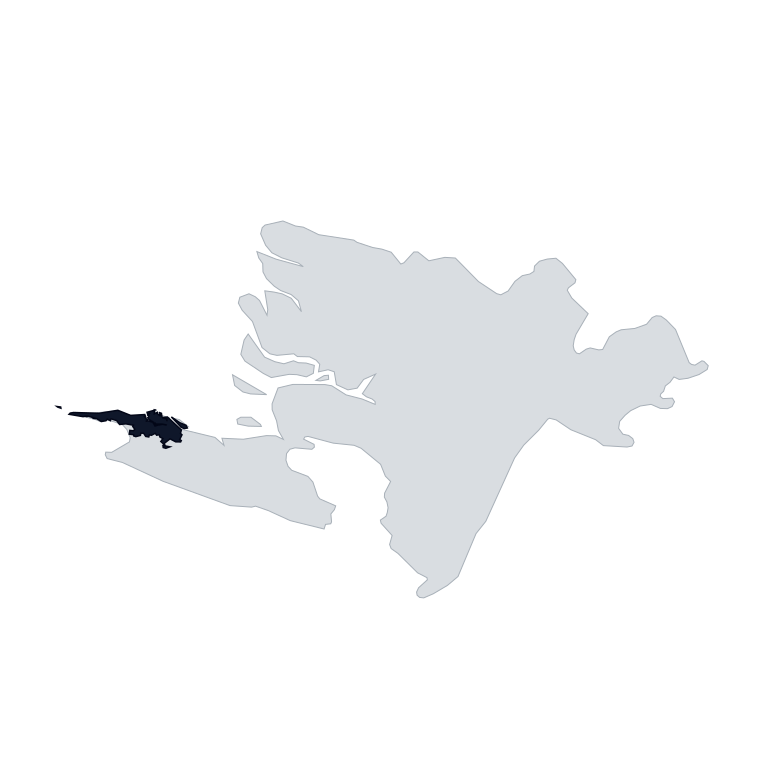 location of Cox's Bazar, Chittagong, Bangladesh, rotated 116°
{"feature_id": "16705992B34517682786426", "entity_name": "Cox's Bazar", "entity_type": "district", "adm_level": 2, "iso_a3": "BGD", "parent_name": "Bangladesh", "parent_adm1": "Chittagong", "projection": "robinson", "projection_center": [92.099, 21.257], "detail": "medium", "context": "in_parent", "style": "filled", "palette": "ink", "viewbox_px": 768, "rotation_deg": 116, "n_neighbors": 0, "source": "geoboundaries", "source_scale": "gbopen_adm2", "svg_char_len": 5624}
<svg xmlns="http://www.w3.org/2000/svg" viewBox="0 0 768 768"><g transform="rotate(116 384 384)"><path d="M278.4,525.3L278.4,508.1L267.9,474.2L268.5,470.4L266.3,454.1L263.7,445.0L262.4,435.3L268.8,421.5L266.3,419.2L252.2,415.0L250.5,411.4L253.6,397.7L243.5,384.8L239.5,375.1L250.5,344.0L253.4,322.3L252.6,318.1L246.0,313.2L234.3,311.3L226.0,307.2L221.2,301.1L217.1,298.6L212.0,300.4L205.5,298.1L200.1,292.0L195.6,284.6L197.4,276.5L206.1,257.3L209.3,256.7L216.7,260.4L219.4,260.4L224.4,252.9L231.3,231.3L255.1,233.2L260.8,232.5L266.7,230.7L270.0,228.0L271.8,224.6L271.2,221.6L264.0,217.5L261.2,214.5L259.2,205.9L257.1,202.6L242.8,202.2L235.4,198.2L231.3,194.6L224.1,182.9L215.2,174.2L206.7,172.1L203.4,169.3L201.6,164.8L202.7,158.4L207.2,145.9L231.0,119.1L231.6,116.1L230.7,112.7L223.8,108.4L223.4,106.3L225.4,100.6L229.3,99.9L237.4,105.0L245.6,113.3L250.5,120.7L250.6,126.5L257.1,127.7L262.4,130.3L268.0,129.5L271.6,130.9L274.0,130.4L274.9,127.0L270.3,118.6L272.6,115.1L278.0,115.2L281.9,118.4L284.8,124.9L285.2,135.0L291.5,144.1L299.8,150.6L306.4,153.6L314.3,155.8L321.0,153.7L324.4,147.3L323.0,141.6L324.0,136.5L326.8,133.7L331.0,133.9L334.1,137.9L343.2,159.8L341.3,169.4L343.2,196.0L340.8,213.5L342.2,220.2L343.8,221.4L357.7,224.7L377.7,231.6L393.2,234.2L462.8,232.3L478.1,235.7L524.6,233.1L537.2,238.7L551.0,247.8L558.8,254.5L560.2,258.4L559.3,261.7L556.7,263.5L552.0,263.6L541.0,259.2L539.2,260.5L539.0,271.0L530.1,297.3L528.8,305.4L525.8,308.6L516.6,310.3L510.4,325.6L507.9,327.6L501.9,324.2L498.1,324.7L493.4,326.1L488.7,329.7L485.5,334.1L481.8,335.6L468.7,335.3L466.2,342.4L457.7,351.8L451.8,376.4L452.2,384.0L459.4,403.7L464.4,429.3L466.3,431.9L468.8,432.1L468.9,420.4L471.3,418.9L474.3,420.2L480.4,436.0L483.9,440.0L489.3,441.1L495.5,438.7L500.1,434.1L502.0,429.1L500.4,411.9L503.3,404.9L513.9,394.5L515.4,391.3L514.7,374.0L518.7,373.5L524.1,374.8L530.9,370.7L533.0,370.6L535.8,375.0L540.6,374.3L547.9,408.4L548.5,432.6L550.1,445.9L552.7,449.0L560.8,469.1L568.3,539.9L569.2,584.8L572.4,600.1L569.8,603.5L567.2,604.2L564.8,598.8L547.6,587.4L543.5,588.6L537.6,595.2L535.2,601.3L536.3,610.0L538.1,618.5L542.2,623.4L542.5,628.7L547.1,649.0L545.8,649.1L536.5,630.7L525.1,612.6L521.4,580.1L521.1,564.1L513.3,545.3L506.1,512.5L509.3,500.9L503.8,505.9L495.3,486.2L481.9,467.0L478.0,458.4L477.9,450.1L472.1,458.5L464.2,464.4L456.2,473.2L450.9,475.9L434.0,477.5L424.3,465.7L410.4,436.8L408.5,430.2L410.4,413.3L407.1,397.2L406.2,383.0L403.7,384.3L402.7,388.2L403.2,394.1L402.2,399.2L378.8,395.9L388.8,404.3L399.5,406.3L405.1,413.9L405.4,426.5L394.8,434.1L395.7,440.5L401.8,448.2L394.4,450.4L392.3,455.5L392.2,462.8L397.3,473.9L396.4,478.3L405.2,492.8L406.9,499.8L404.7,509.6L385.5,529.6L379.9,543.8L375.1,550.4L369.2,551.6L362.1,544.9L362.0,538.0L363.5,532.5L373.5,519.3L368.1,521.1L352.5,532.0L349.6,523.2L347.6,515.0L347.6,504.9L355.2,489.9L346.7,497.4L344.3,506.7L345.3,517.8L344.2,525.6L340.8,535.8L336.3,541.9L328.9,545.8L325.6,551.8L320.7,556.3L319.1,535.7L313.9,508.0L312.8,514.0L315.4,531.2L315.2,542.3L311.2,551.2L303.1,560.7L296.9,562.0L293.3,560.6L281.8,546.3L280.8,532.8L278.4,525.3ZM420.1,525.7L405.8,529.0L398.6,528.0L412.2,503.1L411.8,491.9L409.7,482.8L402.8,475.5L402.4,470.3L399.3,463.2L397.8,454.8L405.4,452.2L411.6,456.9L413.8,466.4L416.9,473.5L427.6,488.1L427.4,497.1L424.4,519.0L420.1,525.7ZM450.8,517.6L442.1,524.2L445.0,484.8L451.4,499.5L453.0,507.3L450.8,517.6ZM484.1,497.9L480.3,500.7L476.7,498.2L472.2,489.0L474.5,477.3L475.9,475.6L481.4,487.6L484.1,497.9ZM516.3,580.9L511.3,581.4L508.9,578.6L510.1,574.6L508.7,561.9L515.0,560.6L517.3,571.3L516.3,580.9ZM510.8,545.2L507.1,557.9L505.7,552.3L508.2,541.1L510.8,545.2ZM409.2,442.7L410.6,446.8L402.7,441.5L400.5,437.8L404.1,435.8L409.2,442.7Z" fill="#d9dde1" stroke="#a8b0b8" stroke-width="1"/><path d="M527.3,545.9L525.2,541.4L523.7,541.4L523.5,543.3L518.2,543.3L517.6,545.3L514.1,546.0L508.6,564.2L510.8,567.7L511.3,567.1L510.4,565.1L510.5,564.0L511.1,563.3L512.7,562.8L510.6,564.2L511.6,567.9L509.7,570.8L509.7,572.9L510.9,570.7L510.1,574.7L508.9,575.4L511.5,577.4L508.2,578.8L513.3,584.6L515.3,582.8L513.8,582.6L512.5,581.5L515.5,582.5L515.4,581.4L518.6,580.8L519.8,571.0L517.2,565.6L516.1,561.7L516.2,561.2L517.4,565.6L520.3,569.2L521.2,571.0L521.3,571.7L521.1,572.2L522.0,571.7L521.3,570.1L522.1,571.5L519.8,575.0L520.5,579.9L522.1,581.9L520.6,580.2L518.0,585.7L518.0,583.9L516.3,585.6L523.3,598.0L524.3,611.7L535.2,627.2L545.7,650.5L547.7,653.3L549.3,653.8L545.3,640.2L542.7,636.8L541.1,626.8L541.7,621.7L538.9,617.8L536.9,617.4L536.9,613.9L534.9,614.0L534.1,608.2L536.3,603.9L533.0,598.6L530.9,591.1L532.3,591.2L533.9,588.2L535.9,588.7L537.1,592.1L540.8,590.9L539.3,586.8L540.4,586.2L540.1,584.0L537.0,580.4L534.8,581.0L533.6,578.5L535.6,575.2L534.7,572.2L532.6,572.6L532.0,570.5L528.6,568.0L529.7,565.9L528.1,563.8L529.9,562.2L530.0,558.8L533.5,559.4L535.0,554.2L535.3,554.2L535.3,555.2L536.0,555.7L537.9,554.6L537.4,551.9L534.3,548.9L536.1,555.4L535.5,555.2L535.4,554.2L535.1,554.0L534.2,555.1L534.0,555.6L527.1,552.3L527.3,545.9ZM509.8,541.5L507.9,543.8L508.3,550.5L506.8,560.7L511.8,547.4L511.7,544.1L509.8,541.5ZM508.2,573.9L509.5,570.1L507.9,571.2L508.2,573.9ZM547.4,663.8L546.4,664.5L547.6,668.1L547.8,667.1L547.4,663.8ZM544.0,638.3L543.5,636.8L542.9,636.2L543.0,637.1L544.0,638.3ZM520.9,572.1L521.2,571.1L520.5,569.9L520.9,572.1ZM519.8,572.1L520.3,572.1L520.2,571.5L519.8,572.1ZM507.2,578.4L507.5,578.0L507.4,577.9L507.2,578.4ZM542.1,630.4L542.4,630.3L542.2,629.8L542.1,630.4ZM517.8,581.5L518.1,581.2L517.6,581.3L517.8,581.5ZM507.9,579.3L508.2,579.3L507.9,578.9L507.9,579.3Z" fill="#0f172a" stroke="#020617" stroke-width="1.5"/></g></svg>